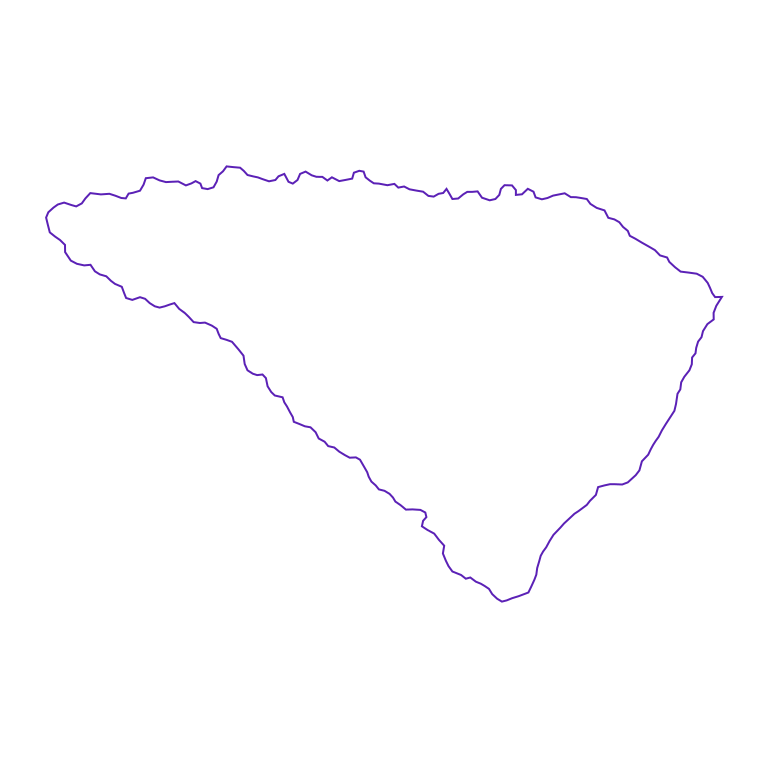 the district of Getulina, São Paulo, Brazil
{"feature_id": "56859067B55515932060106", "entity_name": "Getulina", "entity_type": "district", "adm_level": 2, "iso_a3": "BRA", "parent_name": "Brazil", "parent_adm1": "São Paulo", "projection": "mercator", "projection_center": [-50.049, -21.812], "detail": "fine", "context": "isolated", "style": "outline", "palette": "violet", "viewbox_px": 768, "rotation_deg": 0, "n_neighbors": 0, "source": "geoboundaries", "source_scale": "gbopen_adm2", "svg_char_len": 3680}
<svg xmlns="http://www.w3.org/2000/svg" viewBox="0 0 768 768"><path d="M90.3,193.1L85.4,198.4L81.8,203.4L76.2,206.4L71.6,205.1L64.1,202.6L57.8,204.5L53.5,207.6L48.3,212.3L46.1,217.6L47.8,224.6L49.8,232.4L55.1,236.6L60.0,240.0L65.0,244.9L65.1,252.1L70.8,260.6L76.9,263.8L84.2,265.4L90.5,264.8L94.9,271.3L99.8,274.4L106.3,276.3L110.9,280.8L115.0,283.9L121.8,286.8L124.1,293.0L126.1,298.0L132.3,299.9L140.0,297.2L145.1,298.8L149.7,303.1L154.8,306.3L159.6,307.6L164.8,306.3L169.9,304.5L174.4,303.1L179.2,308.9L184.9,313.1L189.0,317.1L193.6,322.1L199.9,323.0L205.0,322.6L211.8,325.6L216.7,328.8L218.6,333.8L220.7,338.1L226.4,339.8L232.0,341.8L238.5,349.4L243.5,355.7L244.7,364.0L247.5,370.3L252.8,373.7L257.1,375.1L262.5,374.5L265.9,378.1L267.6,386.3L271.2,392.0L274.8,395.5L282.6,397.3L284.3,402.3L287.0,406.5L290.1,412.4L292.8,417.1L293.8,421.8L299.4,424.0L304.9,426.3L310.5,427.3L315.6,432.2L318.7,438.5L324.6,441.7L328.2,446.1L334.3,447.5L339.3,451.7L344.7,455.0L349.7,457.7L355.9,457.4L360.0,459.7L363.3,465.4L367.2,472.2L368.7,476.7L371.4,481.6L375.7,485.4L378.9,489.4L384.5,490.8L389.6,493.9L393.0,497.6L395.4,501.6L400.5,505.1L405.9,509.6L412.6,509.4L420.4,509.9L425.3,512.5L426.4,517.1L423.1,520.8L421.9,526.3L427.7,530.1L434.2,533.6L438.8,539.7L444.2,545.7L442.9,553.5L445.9,560.8L448.5,566.1L452.4,571.5L461.1,575.0L465.8,578.7L470.3,577.5L475.9,581.7L480.8,583.7L484.7,586.0L489.0,588.9L492.2,594.1L497.1,598.7L501.9,601.6L506.7,600.4L512.1,598.2L518.6,596.2L528.4,592.5L531.3,586.5L534.4,579.7L536.3,574.7L537.2,568.0L539.2,561.3L540.7,555.8L543.1,551.5L546.2,547.3L549.6,541.0L553.5,534.8L560.4,527.6L564.0,523.5L569.6,518.3L574.4,513.8L578.5,511.1L586.8,504.9L589.9,500.9L595.9,494.9L598.1,487.1L604.5,485.4L610.0,484.2L614.5,484.2L622.2,484.5L627.8,482.4L631.2,479.3L635.7,475.2L639.4,470.4L641.9,461.3L648.2,454.7L650.8,449.2L653.2,444.8L655.7,440.9L658.6,436.9L661.9,430.4L665.9,423.9L669.8,417.9L674.4,410.8L676.0,404.0L677.5,393.8L680.3,389.4L681.2,382.3L684.3,376.8L689.4,370.3L691.8,364.3L692.1,357.5L695.5,353.3L696.2,347.9L698.1,341.6L701.5,337.2L703.0,331.1L707.4,324.1L713.7,319.4L713.6,312.8L716.3,305.8L721.9,296.9L715.1,297.1L712.2,293.1L710.0,287.8L707.7,282.9L702.7,276.8L696.7,273.7L688.8,272.6L680.6,271.6L675.0,267.2L669.3,261.9L667.1,257.5L660.0,255.4L654.9,250.1L648.9,246.6L641.8,242.6L635.3,238.7L629.8,235.8L627.8,230.9L623.0,226.9L619.3,222.2L614.4,219.4L608.3,217.8L604.5,210.4L596.7,207.9L590.4,203.9L586.8,199.0L580.4,197.9L575.9,197.2L570.8,197.1L564.7,193.3L559.6,194.3L553.1,195.6L547.5,198.0L541.9,199.3L535.6,197.4L533.5,191.7L527.8,188.8L522.0,194.3L515.9,194.9L515.9,190.1L512.0,185.4L504.5,185.2L500.9,188.9L499.3,194.9L495.4,199.0L489.7,200.3L482.0,197.7L477.6,191.4L471.8,191.9L467.2,191.9L463.3,194.3L458.2,198.5L452.4,199.0L449.5,193.9L446.5,188.9L443.2,193.0L438.6,193.8L433.7,196.6L428.4,195.9L423.1,191.7L416.5,190.6L409.5,189.3L404.1,186.5L398.3,187.6L394.4,183.9L387.4,185.2L378.8,183.6L373.8,183.3L369.9,180.7L365.6,177.3L363.6,171.6L359.3,170.8L353.9,172.7L352.2,178.6L345.7,179.9L339.2,181.1L331.9,177.3L327.4,180.5L322.4,176.9L316.4,176.8L311.7,175.3L305.6,171.6L300.1,173.9L297.5,180.0L292.8,183.6L288.5,181.8L284.3,173.9L278.5,176.3L275.4,180.0L269.0,181.3L262.5,179.1L257.9,177.4L253.2,176.4L247.5,175.0L243.8,170.9L240.1,167.7L233.1,167.1L226.6,166.4L223.0,171.3L218.6,175.1L216.7,181.6L213.5,187.3L207.7,189.1L202.1,188.1L200.4,183.6L195.6,181.1L191.4,183.4L185.9,185.4L178.3,181.5L171.3,181.8L166.0,182.1L159.6,180.4L153.1,177.4L145.8,178.2L143.6,184.6L140.0,190.7L132.9,192.8L128.6,193.6L125.8,198.4L121.3,198.0L115.3,195.7L109.4,193.8L100.9,194.4L90.3,193.1Z" fill="none" stroke="#5b21b6" stroke-width="2"/></svg>